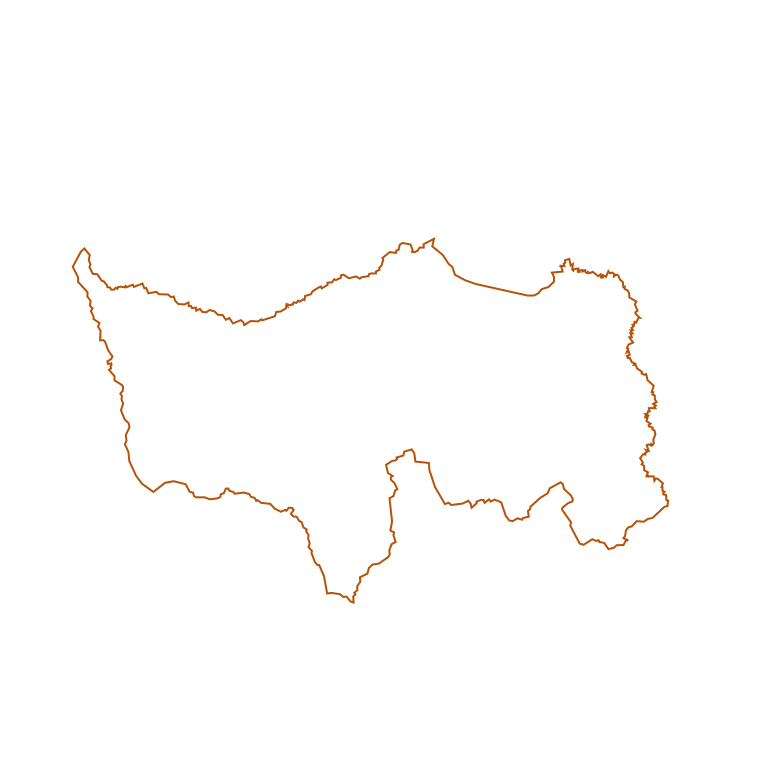 Khao Phanom, Krabi, Thailand, rotated 337°
{"feature_id": "78962969B52375509392370", "entity_name": "Khao Phanom", "entity_type": "district", "adm_level": 2, "iso_a3": "THA", "parent_name": "Thailand", "parent_adm1": "Krabi", "projection": "robinson", "projection_center": [99.161, 8.285], "detail": "fine", "context": "isolated", "style": "outline", "palette": "amber", "viewbox_px": 768, "rotation_deg": 337, "n_neighbors": 0, "source": "geoboundaries", "source_scale": "gbopen_adm2", "svg_char_len": 6166}
<svg xmlns="http://www.w3.org/2000/svg" viewBox="0 0 768 768"><g transform="rotate(337 384 384)"><path d="M119.9,371.4L122.3,381.3L129.5,393.2L144.0,389.4L152.4,391.3L162.3,398.8L163.0,407.4L165.8,409.3L165.3,413.0L167.0,415.0L174.6,418.2L178.7,422.1L185.6,424.1L189.1,424.2L190.8,421.6L193.8,422.0L197.5,418.5L199.9,419.4L199.9,421.8L203.2,424.6L203.7,426.7L212.7,429.2L217.0,432.7L217.4,435.8L220.4,438.3L220.7,441.6L221.9,441.2L224.6,445.5L232.5,449.9L234.6,455.8L239.0,461.2L244.0,461.4L244.7,462.6L247.8,460.7L251.0,462.1L251.7,464.6L247.6,467.1L248.7,470.4L251.8,472.2L252.3,476.7L254.2,479.0L253.8,484.6L256.0,487.8L254.8,489.1L255.5,493.8L253.8,496.5L253.3,501.8L250.8,504.6L252.4,509.4L251.2,511.3L250.8,520.7L252.0,524.8L253.6,525.3L253.7,537.2L249.8,554.7L253.9,555.7L261.2,560.2L263.4,564.1L266.5,565.1L268.2,571.1L270.6,573.3L272.7,567.5L275.4,566.6L275.1,564.5L279.0,563.3L280.3,559.7L285.0,556.7L286.3,552.5L294.6,552.1L298.2,547.5L302.8,545.7L309.0,547.3L320.1,545.0L322.8,543.0L323.7,539.5L328.4,534.4L333.0,534.0L333.6,527.0L335.3,524.5L332.6,521.4L337.7,513.7L344.4,491.4L349.0,490.8L352.7,486.3L355.2,486.0L354.9,479.3L353.0,474.8L353.8,472.5L356.0,472.1L352.9,467.6L354.2,459.3L361.6,457.9L364.3,458.9L366.8,458.1L366.9,456.6L373.8,457.4L376.2,454.2L383.9,455.0L384.8,459.6L382.6,467.7L394.4,474.2L392.1,481.2L390.7,498.9L393.2,518.3L397.1,518.6L398.7,521.7L409.8,524.8L415.8,524.4L417.0,527.6L416.3,532.1L422.7,530.0L423.0,528.5L427.4,528.5L430.3,529.6L430.2,532.7L435.6,531.2L436.2,533.9L440.6,533.6L445.7,538.8L444.5,553.0L446.1,558.7L449.0,560.5L454.4,559.8L458.1,562.9L459.6,561.7L465.4,562.7L466.9,557.1L469.6,556.4L470.8,554.2L483.5,549.8L491.8,548.6L496.1,544.7L508.2,543.5L509.5,546.1L508.6,550.8L512.5,559.5L512.8,563.9L511.4,565.7L506.7,565.6L499.9,567.6L498.8,569.1L502.1,584.6L500.1,587.1L501.8,607.4L504.9,610.0L515.1,608.3L517.7,611.2L520.5,611.7L520.3,613.3L524.6,616.4L526.1,623.7L531.6,624.6L535.1,623.3L541.6,625.8L545.4,622.6L547.8,623.4L544.2,619.5L546.5,618.2L549.6,613.1L553.0,611.4L556.3,611.9L563.0,609.0L569.4,612.3L574.2,611.3L578.8,612.2L594.4,606.6L597.2,607.2L600.0,602.4L598.6,601.1L600.3,596.3L598.1,594.9L598.6,593.0L600.1,592.9L598.7,590.7L600.0,587.9L599.2,587.3L601.9,584.5L599.1,578.4L597.4,577.2L595.1,578.7L596.1,574.4L591.6,572.5L591.0,570.9L590.6,572.2L589.5,571.5L592.5,568.4L589.8,565.1L591.5,561.0L589.7,558.6L591.6,557.5L590.8,552.3L595.1,549.9L597.0,551.0L597.2,549.7L599.9,549.1L599.4,547.2L601.5,549.0L601.9,543.0L603.8,542.9L605.8,544.9L606.6,543.7L607.2,545.2L609.2,544.1L610.0,540.6L614.1,536.5L614.9,532.5L613.3,530.8L614.3,529.2L611.3,526.5L611.5,525.2L613.8,524.7L611.1,520.6L613.3,518.0L611.4,516.9L612.2,515.7L613.1,517.1L614.9,516.3L613.1,513.9L614.8,514.3L616.3,512.3L617.8,513.0L618.4,509.7L624.3,512.3L624.0,510.5L625.7,510.2L624.0,507.5L627.9,507.2L627.3,504.3L628.7,500.3L626.9,498.5L628.6,496.8L627.3,496.0L631.6,491.0L628.1,483.6L629.2,477.3L627.3,477.3L625.2,475.0L626.2,473.8L623.0,468.4L623.2,464.6L621.5,464.1L623.0,463.2L620.7,460.9L620.4,455.8L617.7,455.3L619.2,455.0L618.6,453.1L621.6,453.0L622.0,449.2L619.9,449.6L622.6,447.0L621.6,445.8L624.5,443.3L629.5,443.2L628.1,436.9L630.4,437.6L630.7,433.4L632.5,434.5L631.9,430.9L634.2,431.5L633.7,429.1L636.6,428.3L636.0,426.7L637.4,426.9L638.9,424.7L640.1,426.1L644.3,422.3L645.3,422.9L643.0,417.7L643.3,416.3L646.0,415.6L646.1,408.6L648.5,406.7L643.6,400.2L645.1,396.5L644.8,393.0L642.6,390.6L643.7,388.5L642.2,388.3L643.7,383.4L642.0,380.1L642.1,375.8L640.4,374.0L637.7,374.7L638.8,372.8L637.8,370.7L635.2,370.3L634.6,367.8L630.2,372.1L627.8,369.0L627.1,371.5L625.5,371.0L625.8,367.7L623.3,368.5L620.0,362.3L616.4,362.3L615.6,360.5L614.5,361.5L613.2,360.0L613.7,357.9L610.8,358.0L611.7,356.0L610.6,356.9L608.2,355.7L607.6,357.3L606.2,356.3L608.0,353.6L603.7,352.6L602.5,353.7L602.0,352.2L604.8,347.3L602.1,347.9L603.4,341.2L598.8,340.8L598.3,343.1L596.4,343.5L596.2,346.0L591.9,343.7L593.0,345.4L592.4,350.3L582.1,347.1L582.3,352.0L580.3,356.3L573.2,359.0L566.3,358.3L561.6,360.8L556.8,361.2L550.6,358.6L507.8,328.0L499.3,320.3L492.0,311.2L492.6,302.9L490.5,298.9L488.5,288.1L482.2,276.2L486.7,269.9L475.0,270.8L473.9,274.0L470.0,272.3L467.3,274.3L463.7,274.7L461.4,273.3L462.7,272.0L462.9,266.0L456.2,261.4L452.9,262.0L449.8,266.2L447.5,265.9L446.2,268.0L440.9,264.8L431.8,267.4L432.1,269.0L427.9,274.1L425.0,275.2L424.5,277.1L420.5,277.4L419.8,279.1L415.0,277.1L413.0,277.0L411.9,278.7L404.9,276.9L402.9,277.6L400.4,274.1L393.1,273.0L389.4,267.5L387.1,267.1L385.6,269.4L380.3,269.5L379.1,268.1L375.9,270.2L371.6,268.6L370.8,270.7L365.4,271.5L364.0,271.6L364.1,269.6L361.8,269.6L354.5,270.7L351.7,272.8L345.8,272.2L343.6,275.7L342.7,274.5L338.5,275.3L337.5,273.7L335.0,275.1L332.6,273.5L330.5,276.0L330.8,274.7L328.3,274.8L325.9,272.6L325.6,274.8L324.8,273.5L323.3,276.0L317.1,276.9L313.0,275.6L310.1,279.0L296.7,277.8L296.3,276.5L292.6,277.2L285.7,273.9L278.4,275.2L278.7,272.3L277.2,269.3L268.6,269.2L267.5,262.9L263.6,263.1L262.4,257.5L258.3,255.5L256.3,250.8L252.2,247.7L248.5,248.5L245.0,246.7L243.9,242.9L239.8,243.2L240.6,240.1L236.8,239.1L236.9,236.9L234.8,236.1L235.9,232.6L231.4,232.8L225.9,230.0L224.3,225.9L224.6,221.3L221.9,220.8L220.1,217.2L211.7,213.3L210.7,210.3L202.6,208.4L202.6,202.6L200.8,202.2L200.9,197.1L191.7,196.9L191.5,194.4L184.4,194.3L184.4,192.8L182.5,193.4L179.7,191.5L176.7,190.8L175.9,192.2L174.5,190.6L172.4,191.7L169.8,190.6L169.5,188.1L167.2,186.8L167.6,184.7L166.1,179.9L164.5,178.8L163.0,171.0L159.1,168.9L158.5,161.5L160.6,159.0L160.6,154.6L163.5,150.4L161.2,142.2L156.6,143.8L143.3,154.5L144.1,166.2L142.3,170.4L147.0,183.8L145.1,187.4L146.4,192.9L143.9,197.0L145.3,200.4L142.7,202.4L143.0,208.5L142.0,210.7L145.9,216.7L143.2,219.5L143.9,224.3L139.7,232.9L142.7,233.9L143.8,235.9L143.2,244.7L144.8,252.5L142.6,254.5L138.3,255.0L137.8,257.8L140.9,258.3L140.8,259.8L139.2,260.7L138.9,263.0L136.4,263.5L139.0,271.6L137.3,275.4L142.4,282.5L142.7,284.8L140.9,288.2L137.5,289.8L138.1,292.5L136.3,295.9L136.3,300.0L131.6,305.4L131.5,315.4L133.6,320.2L132.9,324.3L126.4,330.1L124.8,335.6L121.9,338.3L122.2,346.8L119.5,355.2L119.9,371.4Z" fill="none" stroke="#b45309" stroke-width="2"/></g></svg>